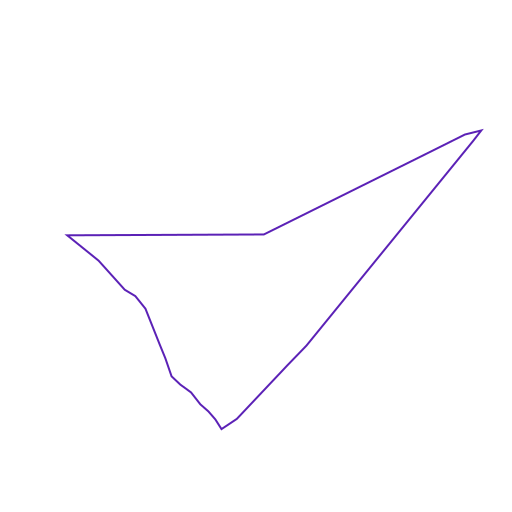 Palestina, Alagoas, Brazil (Robinson projection), rotated 284°
{"feature_id": "56859067B33647530257209", "entity_name": "Palestina", "entity_type": "district", "adm_level": 2, "iso_a3": "BRA", "parent_name": "Brazil", "parent_adm1": "Alagoas", "projection": "robinson", "projection_center": [-37.312, -9.686], "detail": "fine", "context": "isolated", "style": "outline", "palette": "violet", "viewbox_px": 512, "rotation_deg": 284, "n_neighbors": 0, "source": "geoboundaries", "source_scale": "gbopen_adm2", "svg_char_len": 435}
<svg xmlns="http://www.w3.org/2000/svg" viewBox="0 0 512 512"><g transform="rotate(284 256 256)"><path d="M230.4,67.8L213.4,104.4L191.5,136.8L187.9,148.6L178.1,161.5L146.8,184.0L134.8,192.8L118.8,203.2L112.9,213.7L107.9,226.0L98.6,237.9L93.7,247.4L87.6,256.1L79.7,264.4L93.3,276.8L157.7,313.0L181.2,326.6L420.3,438.9L432.3,444.2L424.4,429.3L396.2,396.3L278.8,258.4L230.4,67.8Z" fill="none" stroke="#5b21b6" stroke-width="2"/></g></svg>